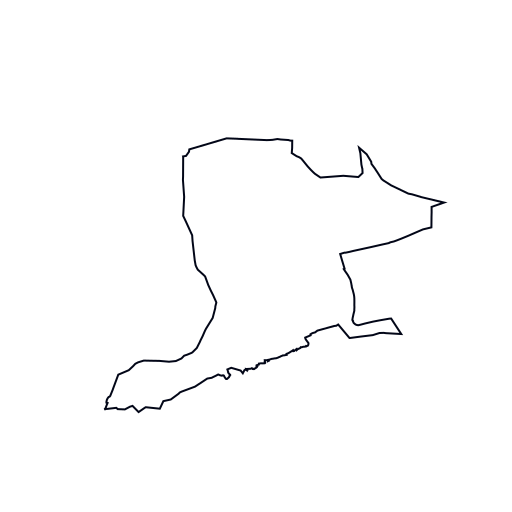 outline of Chanal, Chiapas, Mexico, rotated 160°
{"feature_id": "50627088B97747696398754", "entity_name": "Chanal", "entity_type": "district", "adm_level": 2, "iso_a3": "MEX", "parent_name": "Mexico", "parent_adm1": "Chiapas", "projection": "albers", "projection_center": [-92.197, 16.605], "detail": "fine", "context": "isolated", "style": "outline", "palette": "ink", "viewbox_px": 512, "rotation_deg": 160, "n_neighbors": 0, "source": "geoboundaries", "source_scale": "gbopen_adm2", "svg_char_len": 4988}
<svg xmlns="http://www.w3.org/2000/svg" viewBox="0 0 512 512"><g transform="rotate(160 256 256)"><path d="M88.3,260.6L91.5,262.5L104.9,276.2L110.5,283.5L111.6,285.4L113.3,293.1L114.0,295.9L114.3,297.4L116.0,303.1L115.5,305.2L117.2,313.7L118.3,315.7L122.1,322.5L122.8,316.8L125.7,305.8L126.2,302.3L126.2,301.6L127.5,297.5L132.8,295.2L146.5,301.5L168.6,307.7L172.5,313.1L173.6,315.2L175.0,318.2L176.8,322.5L179.1,329.2L180.0,331.7L180.4,332.5L181.9,334.3L183.7,335.9L187.2,340.5L185.1,345.1L182.5,352.0L184.3,352.7L185.9,353.9L193.1,357.1L194.0,357.6L195.9,358.6L200.7,359.5L203.8,360.4L204.9,360.8L206.0,361.1L233.2,372.4L233.3,372.5L243.4,376.6L282.2,379.0L283.3,376.9L287.5,374.0L290.4,374.5L290.4,374.4L297.4,355.5L298.6,352.6L303.3,336.1L310.7,318.6L310.1,312.4L308.9,297.3L310.5,291.8L315.1,272.7L315.9,268.0L315.8,266.0L315.4,263.1L311.6,255.9L310.9,254.4L310.8,253.9L310.8,246.5L310.8,245.0L310.7,243.9L310.3,239.0L309.7,233.9L309.2,226.9L309.2,225.8L311.4,222.6L312.1,221.0L317.9,212.6L327.8,204.8L329.0,203.7L330.0,202.7L333.6,198.9L337.2,195.5L337.7,194.9L338.2,194.4L343.1,189.8L348.7,187.2L349.7,187.0L354.6,186.8L357.6,186.9L361.1,185.2L367.2,184.7L373.9,186.4L382.9,190.6L386.1,191.8L390.0,193.3L397.2,196.1L403.1,196.4L406.3,196.0L409.2,194.5L414.6,192.2L426.0,191.6L435.6,180.3L436.4,179.3L439.3,176.1L440.8,174.4L441.7,173.9L442.7,173.9L443.4,173.5L444.1,173.0L445.2,172.0L446.3,170.4L446.7,169.4L446.2,169.1L445.7,168.7L446.2,168.1L446.4,168.0L449.6,164.3L450.1,164.1L450.3,164.0L450.4,163.9L451.0,163.7L450.4,163.6L449.6,163.5L448.9,163.5L447.8,163.1L446.8,162.9L439.2,161.1L438.3,159.4L431.7,156.7L425.9,157.5L424.1,157.4L423.3,157.4L419.7,149.5L412.5,151.4L411.3,151.6L398.6,145.4L392.7,151.3L385.2,150.3L375.7,153.1L374.4,153.8L372.3,154.0L358.0,154.1L343.7,157.5L339.3,156.7L337.1,157.0L336.7,157.0L333.9,157.3L333.5,157.4L332.5,157.5L332.1,157.6L331.9,157.5L330.7,156.3L329.2,155.3L328.9,155.3L328.5,155.2L328.2,155.1L327.8,155.2L327.5,155.0L327.1,154.6L327.0,153.8L326.9,152.9L326.3,150.8L326.0,150.6L325.7,150.5L325.5,150.4L325.2,150.4L325.1,150.5L324.9,150.5L324.7,150.6L324.2,150.8L323.8,151.0L323.5,151.1L323.3,151.2L322.9,151.3L322.6,151.6L322.4,151.9L322.1,152.0L322.0,152.3L321.7,152.5L321.4,152.8L321.1,152.9L320.9,153.0L320.9,153.3L321.1,153.4L321.3,153.6L321.4,154.0L321.6,154.8L321.9,155.4L322.0,155.9L322.0,156.2L321.9,156.4L321.8,156.7L321.8,157.0L321.8,157.3L321.8,157.5L321.7,158.7L321.7,158.9L321.7,159.2L317.5,159.4L309.6,153.6L308.5,150.3L305.9,152.7L304.8,153.0L304.0,152.0L303.9,153.0L303.1,152.3L303.0,152.9L302.1,152.6L301.6,152.5L301.1,152.3L299.2,151.8L298.3,152.0L297.4,151.2L297.5,150.8L296.6,150.4L296.1,150.4L295.3,150.8L294.2,150.9L293.3,151.2L293.3,152.2L292.5,152.1L292.5,153.1L291.5,153.0L290.5,153.0L290.1,153.9L289.2,153.7L288.2,153.5L287.3,153.2L286.4,152.8L285.4,152.5L284.5,152.2L284.4,152.2L284.2,153.1L283.8,153.0L283.7,154.0L283.4,155.1L282.4,154.7L281.5,154.4L280.5,154.2L280.8,153.1L279.8,153.2L279.8,154.2L278.6,154.0L277.6,154.0L276.9,154.0L276.6,154.0L275.7,153.8L274.8,153.6L273.8,153.5L272.8,153.2L271.8,153.0L270.8,153.0L269.8,153.0L269.3,153.1L268.8,153.1L268.0,153.1L266.8,153.3L265.8,153.3L264.8,153.4L263.9,153.1L262.9,152.9L262.0,152.8L261.0,152.6L260.8,153.6L260.0,153.6L259.1,153.6L257.2,153.9L256.2,154.2L255.2,154.3L254.4,154.5L253.4,154.8L253.4,153.8L252.4,153.7L251.6,154.1L251.2,154.3L250.7,154.4L249.7,154.7L249.8,153.7L248.9,154.1L247.9,154.2L245.9,154.4L245.1,155.0L244.2,154.6L243.4,154.6L242.4,154.5L241.5,154.2L240.6,154.0L239.9,154.3L239.7,153.9L239.3,154.0L238.0,154.0L237.3,154.6L236.7,155.6L236.5,156.4L236.8,157.3L237.1,158.3L237.5,159.6L237.8,160.9L237.8,162.0L237.7,162.5L231.8,162.8L231.6,163.8L230.3,164.1L229.0,164.2L227.6,164.1L226.5,164.0L225.4,164.4L223.8,164.9L222.8,164.8L206.5,163.5L204.4,163.0L202.2,163.5L196.2,147.0L195.7,146.8L185.3,144.5L173.3,141.7L166.3,141.4L162.3,140.1L160.4,139.1L146.2,133.0L150.4,151.0L152.1,151.5L158.8,152.7L161.6,153.2L168.4,154.3L176.8,155.3L181.3,155.7L183.7,156.0L185.3,157.0L186.1,157.9L187.1,159.7L187.3,162.5L187.2,162.5L187.3,162.9L186.5,164.5L184.8,167.2L184.5,167.7L183.7,168.9L182.3,171.0L182.0,171.9L181.3,173.6L181.2,173.8L180.9,174.6L180.7,175.3L180.5,175.9L180.1,177.0L179.6,178.3L178.9,180.2L178.6,181.1L178.1,182.5L177.6,184.3L177.3,185.8L177.1,187.2L177.1,187.3L176.7,191.3L176.7,192.7L176.7,192.8L176.6,193.7L176.6,194.0L176.5,194.3L176.4,194.6L176.4,194.9L176.3,195.1L176.3,195.3L176.2,195.5L176.2,195.8L176.1,196.4L176.0,196.9L175.8,198.2L175.6,199.8L175.4,201.5L176.3,207.0L177.5,211.5L178.0,213.7L177.1,213.8L176.6,223.0L176.2,229.1L171.8,228.9L170.8,228.5L166.7,227.9L162.9,227.5L145.2,225.1L133.3,223.6L126.7,222.7L126.3,222.8L126.0,222.8L125.9,222.9L125.6,222.9L125.2,222.9L124.8,222.9L121.5,222.5L118.4,222.5L113.8,222.6L106.5,222.9L98.4,223.4L90.0,223.9L81.4,222.9L81.0,223.9L78.2,231.4L77.6,233.0L76.1,236.8L74.2,242.1L61.0,241.9L80.7,254.9L81.1,255.3L88.3,260.6Z" fill="none" stroke="#020617" stroke-width="2"/></g></svg>